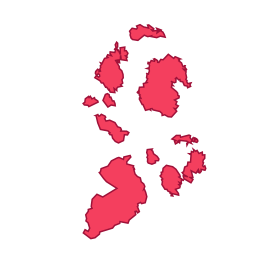 Finnøy nor, Rogaland, Norway, rotated 163°
{"feature_id": "86288312B27050334738576", "entity_name": "Finnøy nor", "entity_type": "district", "adm_level": 2, "iso_a3": "NOR", "parent_name": "Norway", "parent_adm1": "Rogaland", "projection": "orthographic", "projection_center": [5.856, 59.199], "detail": "fine", "context": "isolated", "style": "filled", "palette": "rose", "viewbox_px": 256, "rotation_deg": 163, "n_neighbors": 0, "source": "geoboundaries", "source_scale": "gbopen_adm2", "svg_char_len": 5763}
<svg xmlns="http://www.w3.org/2000/svg" viewBox="0 0 256 256"><g transform="rotate(163 128 128)"><path d="M201.4,40.7L195.9,33.1L191.6,32.7L186.3,34.9L185.4,36.8L172.0,36.8L169.2,38.8L163.8,39.2L163.0,40.8L155.8,37.0L153.7,39.7L145.9,42.9L145.7,46.1L144.3,46.0L143.6,44.0L141.6,44.7L142.0,50.1L141.1,50.6L140.9,52.7L137.8,53.2L137.1,51.7L133.4,51.5L130.1,56.8L129.9,61.5L130.3,65.0L130.8,64.8L129.0,67.2L129.3,69.9L131.1,72.7L130.8,76.7L133.2,78.8L134.7,82.0L134.6,86.7L133.9,86.5L133.8,87.7L134.6,88.7L133.7,90.2L139.6,93.9L139.1,96.1L133.8,99.4L134.0,101.1L140.4,101.5L141.5,99.3L145.3,102.5L147.3,102.5L153.5,101.4L158.4,97.4L165.6,97.0L167.2,94.1L168.5,93.8L166.0,86.7L164.3,83.0L156.2,73.5L172.3,69.4L177.1,73.7L183.1,70.3L186.1,63.7L185.9,61.7L189.8,61.7L190.3,60.0L193.8,57.3L194.1,53.4L195.4,51.4L193.9,49.1L193.9,43.4L196.3,40.8L198.8,43.3L201.4,40.7ZM83.2,125.8L76.5,129.8L77.9,133.1L76.4,132.3L73.4,134.4L75.5,136.5L73.5,138.9L75.3,141.2L70.4,141.9L69.7,143.6L70.8,144.6L70.3,146.8L71.0,148.7L74.6,154.2L73.7,155.9L72.4,155.3L73.3,157.2L72.0,158.3L73.3,160.1L70.4,157.7L68.8,157.9L67.9,160.5L68.3,161.3L66.9,162.0L65.5,159.2L64.2,159.2L64.4,157.3L62.1,156.1L61.7,152.2L59.0,150.7L59.2,149.1L55.9,149.5L56.2,151.1L54.6,152.7L57.9,153.0L58.3,154.9L57.7,156.1L58.5,157.5L57.2,159.1L56.8,163.5L56.0,164.7L57.8,168.1L56.4,167.6L56.0,165.9L54.9,166.8L55.9,169.7L55.1,170.8L55.8,171.1L56.8,170.3L57.5,170.5L57.8,174.6L59.7,177.3L59.1,177.6L59.5,178.8L57.7,178.7L62.1,182.4L63.9,181.2L67.9,186.7L74.5,183.0L76.6,184.0L79.3,181.7L80.4,182.1L80.0,183.8L82.3,186.5L83.3,186.4L82.6,185.1L83.2,184.1L86.1,185.7L87.9,184.0L89.6,184.9L90.2,183.7L89.2,183.2L89.1,181.7L90.1,179.5L92.5,179.4L90.6,178.3L90.9,176.3L92.8,173.6L94.5,175.0L94.0,174.0L95.6,170.6L94.8,169.3L97.3,166.7L96.6,165.9L100.3,166.0L100.9,162.6L105.1,163.6L106.7,160.6L108.7,159.4L108.3,158.2L108.1,159.5L106.9,159.6L107.6,157.6L106.8,156.1L107.5,155.9L107.0,152.7L108.2,153.4L108.7,152.3L107.6,146.3L106.8,146.0L106.1,139.8L102.2,139.6L101.0,138.3L100.7,139.8L99.2,139.5L98.8,138.0L92.7,134.5L91.2,132.0L91.7,130.0L89.0,129.9L86.4,127.1L83.2,125.8ZM134.5,167.5L130.2,165.7L129.7,169.8L127.8,167.1L127.3,169.1L125.7,170.1L121.5,169.7L122.5,171.4L119.9,172.5L119.7,175.9L117.9,177.4L117.1,180.7L117.2,184.5L118.9,187.5L118.4,189.4L120.1,196.2L118.0,196.0L118.6,193.7L116.9,192.8L116.7,195.0L117.7,195.7L115.3,195.7L113.8,199.8L114.5,195.3L109.2,192.8L109.2,195.4L108.0,196.0L109.3,197.7L107.9,197.6L106.2,199.5L107.1,202.5L108.7,202.9L107.4,206.3L112.1,207.0L113.8,200.4L114.5,205.2L115.6,204.7L115.0,205.5L115.5,208.0L114.2,208.5L113.1,212.1L113.8,213.4L115.9,211.3L116.0,206.2L116.7,207.6L116.2,208.0L117.0,207.8L117.8,207.2L117.1,206.2L118.5,204.1L122.8,206.0L123.4,204.6L122.7,202.0L126.0,204.0L127.4,202.6L126.6,201.3L130.1,201.4L133.9,197.4L135.2,198.3L134.7,196.6L136.3,195.6L136.4,194.0L137.7,192.6L137.7,190.4L139.2,190.4L138.6,191.7L139.8,193.1L142.4,191.5L143.2,189.9L142.7,187.3L140.6,188.6L139.7,187.4L139.9,185.8L141.1,185.2L143.0,187.4L145.0,185.8L141.0,181.4L140.3,178.9L138.6,178.3L137.5,173.5L136.5,173.3L135.4,170.0L134.8,170.3L134.5,167.5ZM105.3,52.6L99.2,49.0L98.9,50.7L100.5,55.5L96.0,55.7L95.1,57.2L95.9,58.9L94.4,58.6L94.9,60.9L92.8,58.8L93.7,60.5L92.9,60.5L92.0,62.9L89.9,61.4L93.6,66.2L92.3,66.4L92.2,67.7L94.2,74.5L96.6,77.9L102.2,81.1L106.2,79.2L107.7,75.9L109.2,75.9L109.4,73.9L111.3,72.8L109.7,69.1L111.0,68.7L110.7,66.8L112.1,64.0L110.6,58.6L108.7,57.9L108.4,56.2L106.1,54.0L106.2,52.9L107.3,54.1L105.7,52.1L106.6,50.7L105.0,49.9L105.3,52.6ZM89.2,63.0L83.8,57.2L80.9,59.8L82.9,62.4L80.4,61.7L80.1,68.6L76.2,64.9L72.9,67.7L72.8,65.8L73.7,65.0L72.5,64.0L70.7,65.1L70.2,67.0L66.7,65.1L65.5,66.5L65.6,69.4L67.1,68.9L67.7,70.1L65.9,72.8L66.4,73.5L65.4,75.4L63.5,76.5L62.4,79.9L64.7,80.4L64.0,83.2L67.6,82.9L68.5,86.4L70.0,85.9L71.7,88.4L71.6,87.0L72.8,85.9L74.2,87.0L75.2,84.9L77.0,85.5L75.6,83.7L78.2,77.1L80.7,77.8L82.3,74.5L85.2,74.1L87.6,69.9L89.2,69.6L88.4,67.1L85.1,63.8L88.8,66.2L89.3,66.1L89.2,63.0ZM141.5,116.5L136.0,117.3L133.4,122.6L130.5,121.5L128.5,123.4L130.2,125.3L135.8,127.2L134.8,128.4L135.1,130.4L137.6,132.2L138.9,137.0L143.2,140.8L147.0,141.1L147.6,143.8L146.2,144.7L146.4,146.0L149.5,148.9L151.5,147.8L152.5,148.0L152.9,149.7L155.4,149.4L154.9,149.1L155.4,141.7L154.8,134.7L148.1,131.2L146.7,128.7L147.7,128.5L147.2,126.9L145.5,126.1L145.7,122.7L144.1,118.9L141.5,116.5ZM70.3,206.4L65.9,204.0L66.0,206.7L66.6,209.5L68.1,211.2L67.5,211.9L71.4,214.9L71.1,212.9L69.1,211.6L72.4,210.5L71.3,212.7L76.0,213.5L76.7,214.9L75.0,214.3L74.3,215.4L78.0,220.5L79.2,220.7L79.1,217.6L83.5,220.1L86.3,223.3L90.0,223.0L89.7,221.0L90.9,220.1L94.9,222.2L98.2,220.1L97.9,218.0L98.8,216.3L98.8,213.0L97.8,211.3L92.9,208.9L85.3,212.0L82.4,209.6L79.1,209.3L79.7,209.0L74.1,206.0L70.3,206.4ZM66.3,94.1L65.0,95.1L65.0,96.4L66.3,97.4L65.7,97.8L66.8,98.7L66.4,97.5L68.3,96.4L67.1,99.0L68.9,99.5L69.1,99.4L70.1,97.8L70.5,97.6L71.5,100.7L70.5,102.3L71.7,103.4L80.4,103.8L80.3,105.7L84.0,106.8L89.2,104.6L86.0,102.1L87.4,101.7L87.3,98.9L83.6,99.8L83.0,98.8L82.4,99.9L84.0,100.8L82.7,101.3L75.6,98.2L74.9,96.9L76.3,96.0L76.6,94.4L74.3,96.8L71.9,94.8L72.3,95.9L70.7,96.9L66.3,94.1ZM115.7,86.4L111.9,86.7L111.5,88.6L108.4,87.9L107.5,89.3L108.4,92.3L111.1,95.9L111.1,98.6L112.0,99.9L111.0,100.8L115.9,101.7L117.3,99.0L117.1,96.1L118.5,94.2L118.0,93.3L119.2,90.1L118.9,88.6L115.7,86.4ZM137.4,154.9L133.7,153.0L133.3,155.3L133.6,158.1L135.0,158.4L135.4,162.6L136.5,162.9L136.3,165.4L137.6,166.9L139.8,166.7L143.9,161.7L141.1,153.9L137.4,154.9ZM159.2,159.9L149.0,161.5L149.0,162.7L151.3,165.5L151.2,166.8L154.0,166.4L154.8,169.4L156.3,168.5L156.5,169.7L160.3,168.4L161.8,165.2L163.7,164.6L163.0,162.8L159.6,161.4L159.2,159.9Z" fill="#f43f5e" stroke="#9f1239" stroke-width="1.5"/></g></svg>